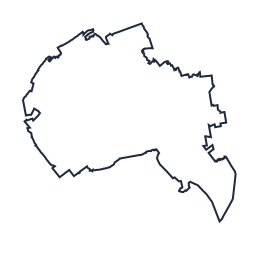 outline of Dundagas pag., Dundagas, Latvia, rotated 264°
{"feature_id": "27541924B42832973938104", "entity_name": "Dundagas pag.", "entity_type": "district", "adm_level": 2, "iso_a3": "LVA", "parent_name": "Latvia", "parent_adm1": "Dundagas", "projection": "orthographic", "projection_center": [22.38, 57.54], "detail": "fine", "context": "isolated", "style": "outline", "palette": "slate", "viewbox_px": 256, "rotation_deg": 264, "n_neighbors": 0, "source": "geoboundaries", "source_scale": "gbopen_adm2", "svg_char_len": 5532}
<svg xmlns="http://www.w3.org/2000/svg" viewBox="0 0 256 256"><g transform="rotate(264 128 128)"><path d="M85.8,69.2L88.8,74.3L88.2,74.6L88.7,75.4L89.6,75.5L94.1,83.2L93.0,83.4L91.0,85.7L89.6,85.5L89.6,85.9L89.8,86.1L89.7,86.2L90.0,86.4L89.7,86.6L89.6,86.9L89.4,87.1L89.5,87.3L89.3,87.5L89.5,87.5L89.4,87.7L89.5,87.7L89.7,87.9L89.6,88.1L89.7,88.3L89.7,88.5L89.8,88.6L89.5,88.6L89.5,90.0L89.4,90.8L89.6,91.7L89.6,93.6L89.5,94.7L89.9,98.9L90.2,99.7L90.1,100.0L90.2,101.1L90.4,103.0L90.8,104.3L90.7,105.2L91.3,106.6L91.8,107.0L92.7,109.5L93.6,110.3L95.2,111.3L98.3,116.9L98.5,116.8L99.9,136.3L100.0,138.4L99.9,138.4L100.3,139.7L100.5,140.4L101.0,141.4L101.3,142.0L101.3,143.2L102.5,143.6L102.9,146.5L102.9,147.3L102.7,148.5L103.0,148.6L103.3,149.2L103.7,149.9L103.6,150.1L103.7,150.6L103.5,151.0L103.6,151.3L103.2,151.4L103.2,151.5L103.2,151.8L103.2,152.3L103.4,152.4L103.3,152.7L103.6,152.9L103.7,153.2L103.4,153.2L103.5,153.4L103.7,153.9L101.7,155.3L99.7,156.3L99.2,155.7L98.7,155.3L96.7,154.3L95.6,153.9L94.6,153.8L93.2,154.1L89.4,155.5L88.2,156.1L80.0,162.6L73.3,167.4L73.8,168.4L73.7,168.7L73.9,169.0L73.7,169.3L73.8,169.4L69.6,173.1L69.7,175.1L63.4,175.9L62.7,174.9L62.5,173.7L60.8,172.8L60.1,172.1L59.9,172.3L60.3,172.8L59.4,173.2L58.4,176.0L60.0,178.7L59.4,179.3L62.0,182.8L62.3,183.1L63.6,182.4L67.2,182.7L68.0,184.4L67.6,184.8L63.8,191.4L56.4,197.1L54.2,199.0L45.6,203.9L25.5,209.3L27.5,211.6L27.8,212.1L29.7,213.1L41.3,221.4L41.6,221.5L44.2,223.3L46.7,224.9L70.7,230.2L73.6,229.8L80.6,226.2L81.2,226.1L83.0,225.2L89.1,222.4L89.3,222.2L89.3,221.9L89.4,221.6L89.1,221.7L89.0,221.4L88.8,221.4L88.7,221.1L88.4,221.0L88.2,220.8L88.2,220.5L88.5,220.6L88.5,220.2L88.2,220.1L87.8,219.9L87.7,220.3L87.5,219.9L87.5,219.6L87.3,219.5L87.1,219.1L87.4,219.1L87.6,218.4L87.5,218.2L87.5,217.9L87.5,217.4L87.4,217.0L87.5,216.5L87.1,216.5L87.7,215.8L87.6,215.6L87.4,215.8L87.2,215.7L87.6,214.6L87.4,214.4L86.7,214.5L86.4,214.7L86.4,214.4L86.5,213.7L86.2,213.2L85.7,213.1L85.9,212.7L86.0,212.6L85.6,212.5L85.4,212.3L85.4,212.1L85.7,211.9L85.6,211.2L94.8,205.6L97.4,209.8L98.0,210.9L102.2,210.2L98.2,203.5L102.2,201.1L102.4,204.6L111.7,203.9L111.7,204.2L110.6,207.9L110.7,208.0L110.6,208.6L110.8,208.8L110.4,209.5L122.4,208.7L121.1,210.1L122.0,212.3L122.6,214.3L122.4,214.4L122.4,214.6L119.7,214.8L120.1,220.5L122.8,220.4L123.0,222.8L123.1,226.2L133.8,225.6L133.5,221.7L133.7,221.8L134.6,221.7L136.6,219.5L138.4,219.2L139.5,219.5L141.4,219.4L141.1,215.5L142.1,215.0L141.6,213.5L155.3,212.7L158.2,215.2L159.4,216.6L160.3,218.0L161.0,217.8L160.9,217.2L162.7,217.0L162.9,216.7L171.4,216.7L171.4,207.2L171.4,205.3L176.1,205.3L175.9,204.8L175.2,204.4L174.1,203.3L174.0,202.7L173.5,202.7L173.1,203.0L172.4,202.6L173.3,201.2L174.5,198.7L173.8,197.7L173.1,197.5L172.3,197.0L172.3,195.9L172.4,195.6L172.3,195.4L172.2,194.8L171.9,194.6L171.8,194.3L175.2,193.4L174.7,191.8L175.1,191.7L174.2,186.7L178.8,185.7L178.7,185.1L182.7,184.3L182.8,184.0L182.0,181.8L180.9,182.0L180.5,180.2L183.0,179.6L185.8,178.4L185.5,177.3L187.8,176.5L187.5,174.0L188.1,173.6L188.8,174.7L189.9,175.0L190.4,174.4L189.8,171.3L186.4,166.2L191.9,162.9L191.5,161.8L193.3,161.6L193.3,160.6L193.5,160.5L192.5,160.2L191.4,160.1L191.6,159.2L189.4,156.6L190.3,155.1L192.4,156.4L193.8,154.1L195.9,154.0L197.8,151.7L200.0,151.8L200.7,150.8L201.9,150.2L203.2,149.9L203.5,150.6L203.1,151.2L204.4,151.0L205.2,152.7L204.9,153.1L205.2,154.0L205.0,158.8L204.7,160.8L214.8,158.7L216.2,157.4L217.0,157.0L217.3,157.0L218.3,157.5L218.6,157.6L218.9,157.5L219.7,157.1L220.6,157.1L225.0,154.5L225.8,154.3L227.0,154.2L228.2,153.3L230.5,152.6L224.5,128.6L223.2,123.1L221.9,122.2L223.6,120.0L223.4,119.9L221.0,115.6L219.7,115.6L218.7,115.8L213.8,117.4L213.7,116.7L213.8,116.2L213.7,115.6L213.6,115.1L213.6,114.7L213.8,114.5L214.3,114.6L217.0,112.3L221.1,109.8L223.0,107.7L223.1,107.1L224.4,106.1L225.2,104.7L224.9,104.7L222.7,102.9L223.4,102.0L222.6,101.6L222.9,99.4L221.1,99.2L220.7,98.3L219.9,96.0L220.4,95.2L221.4,95.6L221.9,95.4L222.5,95.0L223.1,94.8L223.9,96.1L224.0,96.4L224.4,97.0L225.1,97.6L225.3,98.1L225.8,98.7L227.3,103.1L228.8,103.9L229.9,103.6L229.5,102.1L229.2,100.5L229.3,98.9L228.6,97.4L226.7,94.9L225.4,93.4L227.7,93.4L228.4,93.0L227.6,91.9L225.9,88.7L224.8,87.3L223.7,84.9L221.6,81.7L221.6,81.3L221.4,80.9L220.2,78.7L219.7,77.9L219.3,76.9L219.1,76.2L218.2,74.5L217.6,72.8L217.1,71.9L216.6,70.3L216.9,70.2L215.9,67.9L215.2,66.5L209.5,69.3L208.9,68.8L208.0,68.6L207.5,67.0L206.0,66.4L206.3,65.9L205.5,65.5L206.0,65.0L206.4,64.7L206.0,63.7L205.3,63.0L205.5,62.8L205.8,62.7L206.1,62.8L206.1,62.7L206.4,62.5L206.3,62.4L206.4,62.1L206.2,61.9L206.0,61.4L206.1,61.2L206.3,61.1L202.4,57.1L203.2,56.2L204.1,56.0L205.3,57.8L205.9,58.8L206.2,58.9L207.3,57.0L205.6,53.9L205.3,54.0L204.8,53.5L203.4,52.3L202.5,51.2L200.7,49.8L199.5,48.1L196.6,45.5L194.6,44.2L194.4,44.6L191.5,41.8L188.4,39.7L186.7,38.0L183.5,36.5L182.1,38.7L174.6,35.9L174.7,35.2L174.9,34.7L175.3,34.3L173.3,32.3L172.7,31.8L171.9,30.9L170.2,29.6L170.2,29.3L169.0,27.8L166.7,26.5L151.1,27.8L151.5,31.4L151.2,33.0L155.3,35.7L157.1,36.7L154.0,40.8L153.1,41.2L152.0,42.0L149.2,39.4L145.3,34.5L147.3,33.9L146.0,27.8L146.6,27.7L145.3,25.8L138.6,30.4L138.4,27.9L135.1,28.6L133.1,31.3L132.2,31.2L129.6,31.6L129.6,31.4L129.0,31.2L127.1,32.3L124.0,33.2L122.6,33.7L120.7,34.9L120.2,34.3L120.1,34.5L117.8,36.1L116.6,36.7L114.5,38.0L113.1,38.7L110.6,40.6L107.3,42.7L105.2,43.7L103.0,45.2L101.1,46.3L99.1,48.0L98.8,48.4L98.4,50.2L98.2,50.6L97.6,51.3L96.0,48.6L86.2,54.9L92.4,65.2L85.8,69.2Z" fill="none" stroke="#1e293b" stroke-width="2"/></g></svg>